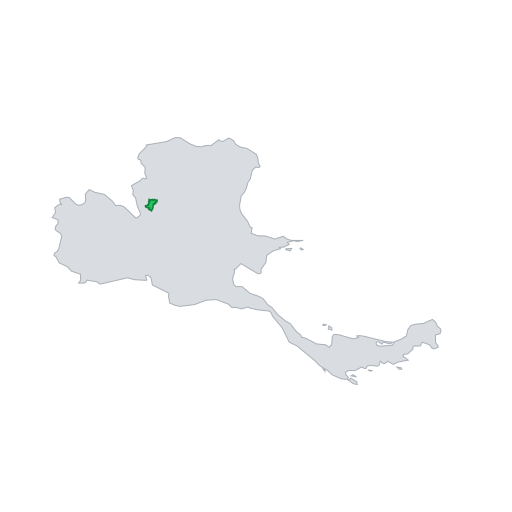 location of Wang Saphung, Loei, Thailand, rotated 294°
{"feature_id": "78962969B13913499788092", "entity_name": "Wang Saphung", "entity_type": "district", "adm_level": 2, "iso_a3": "THA", "parent_name": "Thailand", "parent_adm1": "Loei", "projection": "natural_earth1", "projection_center": [101.796, 17.291], "detail": "fine", "context": "in_parent", "style": "filled", "palette": "green", "viewbox_px": 512, "rotation_deg": 294, "n_neighbors": 0, "source": "geoboundaries", "source_scale": "gbopen_adm2", "svg_char_len": 6112}
<svg xmlns="http://www.w3.org/2000/svg" viewBox="0 0 512 512"><g transform="rotate(294 256 256)"><path d="M223.6,55.5L224.0,57.4L225.8,54.8L228.1,53.5L232.8,59.3L233.4,61.7L229.9,70.9L230.5,74.0L232.6,76.5L235.2,78.0L238.0,77.6L243.2,74.9L248.9,76.7L248.6,82.7L250.6,92.4L247.8,102.3L245.0,107.2L247.1,111.4L247.3,115.4L241.8,130.8L242.9,132.0L246.4,133.7L247.8,133.2L253.6,127.1L260.0,122.4L262.0,118.4L266.1,117.1L269.7,113.6L278.0,119.8L280.2,120.3L281.3,121.4L281.7,124.0L282.7,124.4L286.2,120.9L291.9,118.6L294.1,113.2L296.8,111.7L296.5,109.1L297.4,108.1L302.1,107.8L309.2,110.6L311.7,111.2L312.8,110.6L324.1,127.7L331.4,134.2L333.2,138.6L331.6,150.1L331.8,156.6L333.4,161.6L336.5,165.1L338.8,170.1L347.2,174.8L346.5,176.1L347.1,179.2L352.3,182.7L352.8,183.9L352.2,188.6L349.8,192.1L349.3,195.0L349.3,198.5L350.6,203.9L349.0,215.0L345.9,218.1L341.8,220.3L339.6,223.3L337.9,222.6L337.1,219.5L332.7,217.8L324.0,219.4L319.7,218.7L313.9,219.7L308.3,219.3L304.9,218.0L295.5,220.4L291.6,222.6L288.7,225.8L284.5,233.9L280.1,238.9L280.2,241.0L274.9,242.2L275.1,249.2L278.2,256.7L279.1,266.2L285.1,272.9L284.0,277.6L284.7,282.1L289.4,292.7L286.0,287.7L285.3,284.3L281.3,279.0L280.1,281.6L275.4,277.7L273.4,273.8L272.7,275.5L268.1,270.0L263.5,267.0L260.8,265.6L254.3,267.6L245.9,266.1L242.7,267.5L241.4,266.6L240.6,264.9L242.9,245.2L235.7,242.7L234.5,241.5L232.9,242.9L225.8,243.8L220.7,247.4L220.0,250.4L222.4,255.8L219.4,265.6L220.3,274.8L219.9,279.9L216.3,286.3L215.4,291.5L211.4,299.4L208.7,309.3L208.0,315.1L203.2,324.0L202.1,328.9L200.4,330.8L201.1,334.8L200.3,346.9L203.2,355.7L202.4,359.8L205.7,361.2L213.5,358.5L216.2,359.2L217.8,364.0L219.8,378.4L223.1,382.8L223.9,380.6L225.4,382.9L226.6,387.2L230.7,409.9L232.9,415.8L230.4,414.4L229.0,407.2L226.7,406.9L227.5,402.4L226.1,400.8L223.8,402.1L223.8,405.6L230.0,416.9L233.9,417.2L238.8,422.2L244.1,425.9L250.8,424.6L255.5,425.8L258.2,428.8L262.6,436.5L269.8,442.9L268.7,446.9L265.8,450.1L264.4,454.3L262.4,455.6L259.7,455.6L256.8,452.1L249.8,455.3L248.2,458.6L246.4,459.5L243.2,455.8L243.5,453.8L245.5,450.7L244.9,442.9L240.7,442.8L237.9,436.9L236.9,436.3L234.9,437.2L228.2,434.4L226.2,430.8L224.2,431.1L222.8,437.4L216.9,428.9L212.8,425.5L213.4,419.2L210.6,417.8L209.4,416.1L210.5,412.3L206.6,412.9L204.8,411.8L202.6,405.1L200.7,402.3L198.2,402.3L197.4,401.0L197.6,397.7L191.4,392.9L189.4,387.5L186.4,385.1L184.5,385.9L182.7,389.7L181.2,389.5L179.9,388.4L178.4,383.0L178.5,373.5L180.5,368.0L181.6,359.1L184.5,351.7L190.5,330.0L190.8,321.4L201.0,309.2L207.9,295.3L210.1,293.2L211.1,290.6L207.5,279.4L205.9,271.6L206.2,269.5L201.8,264.3L200.8,258.2L199.6,256.2L199.2,254.2L200.8,250.7L200.0,237.4L195.2,228.2L186.7,219.7L179.1,207.1L178.1,202.7L177.9,196.4L184.0,192.2L186.5,191.9L187.4,173.1L192.7,169.5L193.8,168.0L194.4,164.8L193.1,163.0L189.7,166.1L189.0,165.4L184.8,154.3L183.9,147.6L166.9,125.0L167.7,121.1L165.2,111.4L162.7,111.2L161.0,109.4L159.2,105.1L162.5,105.6L167.9,103.1L167.1,93.7L169.4,88.2L169.7,79.1L173.8,73.7L174.4,71.1L176.7,70.8L179.6,72.7L182.7,72.8L195.4,70.5L197.1,68.0L197.9,63.0L199.1,61.4L202.0,61.0L205.3,62.0L208.7,60.1L208.1,54.2L214.2,55.2L218.2,52.5L223.6,55.5ZM183.0,392.2L182.1,399.3L179.7,400.7L178.9,396.6L180.3,390.0L181.0,391.5L183.0,392.2ZM221.8,351.0L221.3,354.4L219.2,355.5L218.7,351.7L221.8,351.0ZM274.9,280.7L277.5,285.6L274.5,285.1L273.9,280.4L274.9,280.7ZM212.0,435.2L210.7,433.1L211.8,429.9L212.9,433.9L212.0,435.2ZM187.0,393.0L186.4,396.9L185.2,391.6L187.0,393.0ZM221.8,348.0L220.7,347.5L219.7,345.3L221.1,345.3L221.8,348.0ZM197.4,404.6L198.8,409.1L197.2,407.0L197.4,404.6ZM281.6,293.5L281.3,296.4L279.9,295.2L280.8,293.1L281.6,293.5ZM180.2,364.9L178.7,366.0L179.9,363.3L180.2,364.9Z" fill="#d9dde1" stroke="#a8b0b8" stroke-width="1"/><path d="M254.9,142.2L255.1,142.2L257.4,142.2L257.6,142.2L257.7,142.3L258.0,142.2L258.1,142.3L258.2,142.2L258.4,142.1L258.6,142.1L258.8,142.0L259.1,141.8L259.3,141.8L259.5,141.8L259.8,141.8L260.0,141.7L260.4,141.5L260.7,141.3L260.8,141.2L261.0,141.2L261.5,141.2L261.5,141.3L261.6,141.5L261.7,141.9L261.7,142.1L261.9,142.2L262.1,142.2L262.3,141.9L262.5,141.8L262.5,141.7L262.8,141.6L263.0,141.7L263.0,141.8L263.2,142.0L263.3,142.1L263.4,142.3L263.4,142.5L263.2,142.6L263.2,142.8L263.5,142.8L263.8,143.0L264.0,143.0L264.3,142.9L264.5,142.8L264.8,142.9L264.8,143.0L264.8,142.9L264.9,143.0L264.9,142.9L264.9,143.0L265.0,143.1L265.3,143.2L265.7,143.1L265.8,143.1L266.1,143.1L266.3,143.1L266.5,143.1L266.8,142.9L266.9,142.7L266.7,142.6L266.5,142.3L266.4,142.2L266.5,142.0L266.5,141.9L266.4,141.8L266.3,141.7L266.2,141.7L266.1,141.3L266.0,141.2L265.9,141.0L266.0,140.9L266.2,140.7L266.3,140.5L266.4,140.3L266.2,140.2L266.0,139.9L265.9,139.8L265.8,139.7L265.7,139.7L265.4,139.6L265.3,139.4L265.2,139.4L265.1,139.2L265.3,139.0L265.3,138.9L265.4,138.7L265.5,138.6L265.5,138.4L265.4,138.4L265.1,138.3L265.1,138.1L264.9,138.0L264.8,137.9L264.7,137.6L264.6,137.4L264.7,137.2L264.3,137.0L264.3,136.9L264.2,136.9L264.3,136.7L264.4,136.4L264.4,136.2L264.2,135.9L264.0,135.7L264.1,135.4L263.7,135.5L263.7,135.8L263.5,135.7L263.4,135.7L263.4,135.8L263.4,136.0L262.6,136.6L262.4,136.5L262.1,136.3L262.0,136.1L261.9,136.1L261.8,135.9L261.7,135.9L261.6,136.0L261.4,136.3L261.3,136.5L261.2,136.6L260.9,136.5L260.7,136.5L260.4,136.6L260.2,136.8L260.0,136.6L259.8,136.6L259.7,136.6L259.4,136.7L259.2,136.5L259.0,136.8L258.9,137.0L258.7,137.0L258.6,136.9L258.5,136.7L258.4,136.6L258.4,136.4L258.1,136.2L257.9,135.9L257.7,135.7L257.4,135.5L257.3,135.4L257.3,135.2L257.2,134.9L257.0,134.6L256.9,134.6L256.7,134.6L256.4,134.8L256.2,134.9L256.0,135.2L256.0,135.4L256.0,135.5L256.1,135.8L256.2,136.0L256.0,136.5L255.9,136.6L256.0,136.8L256.0,137.0L255.9,137.4L256.0,137.5L256.3,137.9L256.5,138.0L256.4,138.3L256.3,138.5L256.2,138.7L256.3,138.9L256.2,139.0L256.3,139.3L256.1,139.3L255.8,139.2L255.7,139.2L255.4,139.1L255.1,139.2L254.9,139.2L254.9,139.3L255.0,139.4L255.0,139.5L255.0,139.8L255.1,140.0L255.0,140.3L255.0,140.5L255.0,140.8L254.9,140.9L254.9,141.1L254.9,141.3L254.8,141.5L254.9,141.8L254.9,142.0L255.0,142.0L254.9,142.2L254.9,142.2Z" fill="#22c55e" stroke="#15803d" stroke-width="1.5"/></g></svg>